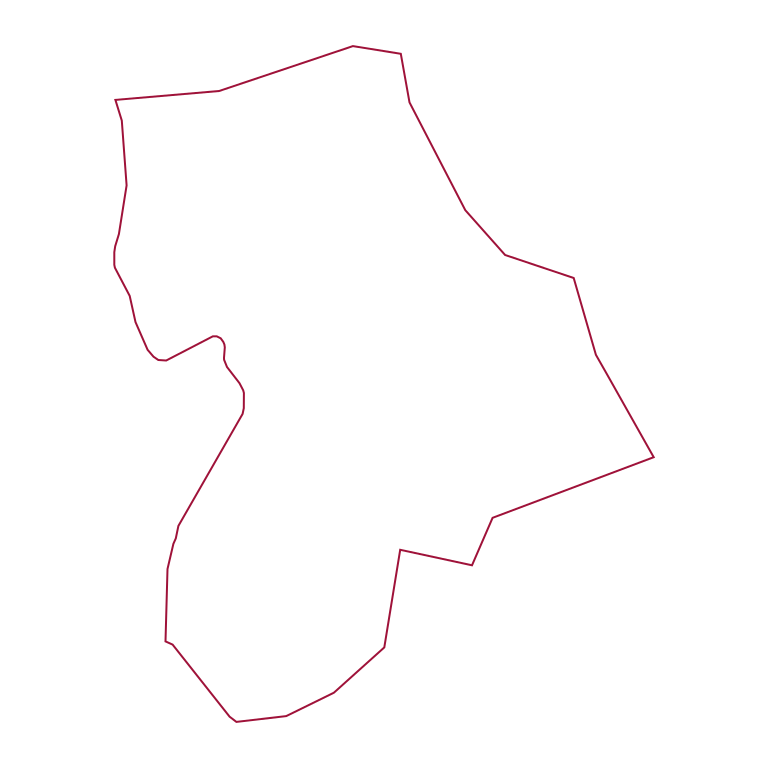 map outline of Havering (orthographic projection)
{"feature_id": "GBR-2675", "entity_name": "Havering", "entity_type": "London Borough", "adm_level": 1, "iso_a3": "GBR", "parent_name": "United Kingdom", "parent_adm1": "", "projection": "orthographic", "projection_center": [0.199, 51.556], "detail": "fine", "context": "isolated", "style": "outline", "palette": "rose", "viewbox_px": 768, "rotation_deg": 0, "n_neighbors": 0, "source": "natural_earth", "source_scale": "10m", "svg_char_len": 759}
<svg xmlns="http://www.w3.org/2000/svg" viewBox="0 0 768 768"><path d="M126.6,185.4L121.8,120.6L115.4,99.9L219.1,91.0L352.9,46.1L400.8,53.8L409.5,102.4L465.3,210.2L505.1,255.0L573.7,278.0L595.9,354.8L607.0,374.3L653.7,457.2L492.6,517.8L472.0,565.3L400.2,549.8L384.3,647.4L333.9,692.7L286.2,716.1L236.4,721.9L229.6,716.7L172.6,644.6L165.5,641.4L167.5,569.0L173.4,543.8L175.8,538.4L178.4,525.9L242.6,413.9L243.8,408.2L243.9,393.0L243.2,390.3L239.5,383.2L227.0,367.0L224.1,359.8L224.0,357.9L224.8,347.4L224.4,344.5L223.3,341.9L220.7,338.3L216.7,336.3L212.9,336.3L166.2,360.5L158.3,360.0L153.5,356.7L147.6,349.8L135.5,322.1L129.7,295.9L114.9,267.7L114.3,264.8L114.3,252.2L115.2,246.2L118.9,234.1L126.6,185.4Z" fill="none" stroke="#9f1239" stroke-width="2"/></svg>